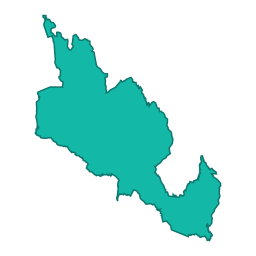 Naolinco, Veracruz, Mexico (Equal Earth projection)
{"feature_id": "50627088B47546840295566", "entity_name": "Naolinco", "entity_type": "district", "adm_level": 2, "iso_a3": "MEX", "parent_name": "Mexico", "parent_adm1": "Veracruz", "projection": "equal_earth", "projection_center": [-96.831, 19.639], "detail": "fine", "context": "isolated", "style": "filled", "palette": "teal", "viewbox_px": 256, "rotation_deg": 0, "n_neighbors": 0, "source": "geoboundaries", "source_scale": "gbopen_adm2", "svg_char_len": 5816}
<svg xmlns="http://www.w3.org/2000/svg" viewBox="0 0 256 256"><path d="M93.9,52.0L91.8,51.5L93.1,49.1L92.6,47.8L89.8,44.3L89.9,41.2L88.0,40.8L87.7,39.9L86.6,40.1L86.1,39.3L84.9,38.7L82.2,40.4L79.2,39.9L78.1,37.2L77.4,36.9L76.4,35.0L75.5,34.5L73.2,35.9L72.6,41.7L71.9,44.3L73.2,45.8L73.1,47.0L72.7,47.1L71.1,49.9L69.8,50.2L67.7,47.3L67.4,46.3L67.9,41.0L67.5,39.4L64.8,39.8L61.3,36.5L60.9,33.8L60.1,32.8L58.3,32.2L56.7,32.4L57.0,36.0L56.5,36.4L54.2,35.7L53.4,34.1L51.1,32.2L50.9,29.3L52.0,28.0L54.1,27.7L55.0,27.1L55.5,25.6L53.4,22.7L50.7,22.0L49.6,19.6L48.2,19.2L47.7,19.8L47.0,19.8L46.5,19.4L46.6,18.0L45.7,17.7L46.1,16.0L45.9,15.6L43.2,15.4L42.9,15.8L43.3,17.5L44.5,18.2L45.1,19.9L44.7,21.9L43.9,23.9L44.0,25.7L48.0,37.2L52.1,36.0L52.1,37.2L53.0,38.5L53.2,41.3L54.1,43.0L54.3,45.8L55.3,59.4L54.9,62.8L57.0,67.8L58.8,68.0L59.6,69.5L60.5,70.2L60.3,75.7L58.9,76.8L59.3,78.5L60.9,80.8L62.9,81.9L62.9,84.1L62.5,86.0L62.6,87.1L50.2,87.0L37.9,92.2L37.7,94.0L38.6,94.9L38.7,97.4L39.6,97.1L39.7,97.4L38.4,100.6L36.5,101.9L36.4,102.6L36.8,109.5L36.5,110.7L36.7,113.5L36.0,115.9L36.0,117.2L37.0,121.1L37.4,125.9L37.1,126.7L38.7,127.0L38.5,128.0L37.0,128.3L37.3,129.4L36.1,129.3L36.1,132.2L35.4,132.5L35.5,133.5L36.3,133.6L36.2,134.4L37.4,135.4L40.2,136.2L40.4,137.4L41.0,137.8L44.9,138.3L51.0,137.6L52.4,139.8L53.2,140.2L53.2,140.9L56.4,142.7L56.7,143.8L57.9,144.9L60.1,145.7L61.3,145.4L63.5,146.5L65.6,146.1L65.9,146.7L67.7,146.8L68.3,148.6L70.0,150.9L71.4,151.7L71.2,152.0L71.5,152.5L74.1,152.2L75.7,153.4L75.0,154.2L76.4,155.5L79.2,155.8L79.6,156.6L81.6,158.0L82.5,157.6L83.2,160.3L85.2,161.1L85.5,161.8L87.7,163.1L87.9,165.0L87.1,165.7L86.4,168.1L88.0,169.6L89.1,170.0L89.3,171.4L90.2,171.8L91.8,171.8L94.6,174.6L95.6,174.8L96.2,175.6L99.1,175.1L99.7,176.0L100.9,176.2L101.3,175.8L101.3,174.9L102.5,173.9L102.6,175.0L102.9,175.3L103.9,174.7L106.2,174.8L107.0,174.2L107.6,175.0L108.5,175.4L109.1,174.4L110.8,176.0L111.5,175.2L111.4,173.8L115.9,176.4L119.3,180.5L118.2,181.9L117.9,183.4L117.7,186.5L118.4,186.6L117.3,196.5L116.6,198.3L117.7,201.1L117.6,197.6L118.4,196.6L118.1,196.1L118.5,194.9L119.4,194.8L120.0,193.9L120.9,194.5L122.3,194.1L123.5,194.7L124.3,193.5L126.3,195.2L127.7,195.1L128.1,194.4L130.6,196.0L133.6,189.9L136.3,190.7L137.0,191.2L137.9,193.0L139.4,194.1L140.2,198.0L140.8,198.9L144.2,201.8L146.0,204.2L150.6,203.6L152.8,204.9L153.7,204.3L154.9,205.0L155.6,207.0L156.6,207.4L156.9,208.5L157.4,208.6L157.5,208.9L156.8,209.3L157.3,209.9L157.9,210.2L160.0,209.4L159.1,210.7L160.6,211.2L160.5,213.4L161.8,214.1L161.8,215.1L161.3,215.7L162.1,216.4L162.0,217.9L163.0,221.9L165.4,221.1L166.7,221.3L170.9,226.0L171.2,229.0L171.7,229.9L188.3,236.6L188.3,235.7L188.9,234.9L190.1,235.4L190.4,234.5L191.1,235.1L192.3,234.4L194.6,234.8L195.2,234.0L196.2,233.8L197.2,234.9L197.9,234.9L198.2,235.9L199.5,236.1L199.7,237.0L200.8,237.3L201.1,236.9L205.2,236.2L205.5,236.3L205.7,237.4L206.7,238.4L207.2,240.4L208.5,240.0L209.5,240.6L210.0,239.3L209.5,238.9L210.7,238.4L210.7,236.2L211.7,236.3L212.3,235.0L210.1,231.9L209.4,232.5L208.6,231.6L208.7,230.4L208.1,230.3L208.3,229.2L207.9,228.4L208.3,227.5L208.0,226.3L206.9,226.7L206.5,226.0L206.7,225.3L207.3,224.1L208.2,225.6L209.7,226.1L211.8,223.0L211.8,220.0L212.4,219.1L211.4,216.1L211.8,214.1L214.2,211.5L214.3,209.8L218.9,203.5L218.3,200.5L218.4,199.5L219.7,197.2L219.8,195.5L219.1,192.6L219.4,191.7L219.2,190.1L219.7,188.8L219.0,187.7L220.6,185.9L220.5,183.4L218.3,180.6L216.0,178.5L214.3,177.6L212.9,176.2L213.2,175.7L211.4,173.7L216.3,173.9L215.8,173.0L216.2,172.2L213.1,170.0L212.0,168.4L210.1,169.7L209.7,168.6L208.9,168.0L208.6,168.3L207.8,166.5L206.6,165.6L205.9,162.9L204.8,162.3L204.2,161.1L203.8,161.2L203.4,160.1L203.7,159.9L202.4,156.0L201.4,155.8L200.7,157.9L200.9,159.7L201.4,160.6L201.3,162.3L200.7,163.0L200.9,163.4L200.0,163.8L200.2,164.8L199.9,165.2L199.6,164.9L199.5,165.6L199.8,168.7L200.3,169.3L199.8,169.7L199.6,170.8L200.1,172.6L199.5,173.1L200.1,173.4L199.9,174.1L198.6,175.4L199.3,177.0L198.2,177.2L198.4,179.8L198.1,179.7L197.8,178.2L197.3,179.5L193.6,181.0L193.5,182.6L189.9,181.6L189.5,183.7L188.3,183.6L187.3,185.3L185.8,190.4L185.6,190.0L184.8,190.1L183.6,191.7L183.5,192.3L184.2,193.2L183.7,195.8L182.0,195.8L182.1,195.4L180.8,194.9L180.0,195.0L179.2,197.2L176.4,197.0L175.8,195.4L175.4,195.7L175.3,196.9L174.3,196.7L174.0,195.2L173.2,194.3L173.1,196.5L169.0,196.2L168.4,195.5L167.5,192.1L165.6,192.1L165.6,189.6L165.0,189.6L163.7,185.7L161.2,181.9L159.6,177.1L158.3,176.0L158.1,175.3L157.6,175.6L156.9,175.1L156.3,173.6L154.8,172.4L155.4,172.0L155.3,171.4L156.1,169.9L156.1,168.8L154.9,166.6L155.5,166.9L156.7,165.3L157.7,164.8L158.2,163.9L158.6,164.0L160.1,163.0L162.9,159.4L165.8,157.9L166.8,156.0L170.3,153.6L169.7,151.9L169.2,147.9L172.2,143.7L172.9,139.3L171.7,135.7L171.6,133.6L170.9,131.6L168.1,129.3L168.1,127.6L167.3,126.4L166.9,124.8L167.4,122.7L167.5,119.1L165.2,117.2L164.8,115.3L163.4,112.9L162.1,112.6L161.5,111.4L159.6,111.6L159.0,108.2L157.2,108.0L155.7,103.2L153.6,101.6L152.0,102.4L149.4,105.8L149.5,104.7L149.1,103.2L148.5,102.7L147.9,103.4L148.4,104.7L147.1,105.2L146.4,102.8L146.7,102.2L145.3,100.0L145.8,99.1L145.1,98.6L145.4,98.2L144.6,97.2L144.1,97.5L143.6,96.2L143.7,95.0L142.3,93.3L141.9,93.5L141.5,91.0L142.3,90.6L142.3,90.1L140.4,86.9L139.8,87.3L139.8,88.3L138.9,88.7L138.6,88.3L138.4,85.6L138.2,85.4L137.2,86.1L136.2,84.6L136.2,83.2L135.9,82.4L134.4,82.4L133.7,81.8L133.2,82.3L132.6,82.1L132.6,79.6L130.9,77.4L126.4,79.3L125.3,80.5L124.1,80.8L123.2,81.5L121.9,82.0L121.2,80.5L120.6,80.4L120.3,81.5L115.5,87.3L110.1,90.1L107.9,92.5L106.2,92.7L106.6,91.8L106.3,90.0L105.9,89.6L106.0,85.9L105.4,85.4L105.1,83.2L105.5,81.1L105.0,77.6L105.3,77.0L107.0,77.1L107.5,75.1L107.3,73.7L106.3,74.0L104.8,73.8L102.6,72.5L100.5,69.1L97.0,66.5L96.3,64.6L93.9,52.0Z" fill="#14b8a6" stroke="#0f766e" stroke-width="1.5"/></svg>